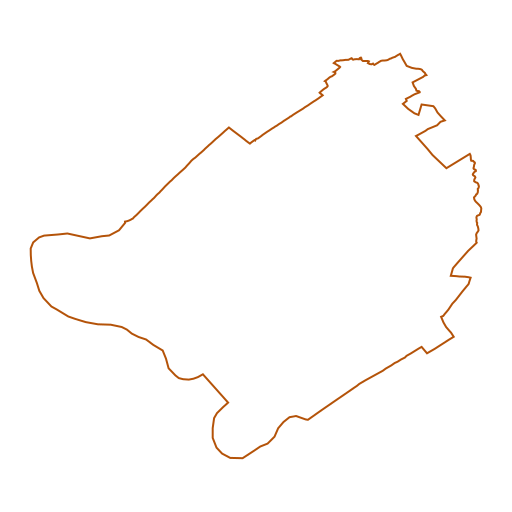 Cotofenii Din Fata, Dolj, Romania
{"feature_id": "2599482B64594888050734", "entity_name": "Cotofenii Din Fata", "entity_type": "district", "adm_level": 2, "iso_a3": "ROU", "parent_name": "Romania", "parent_adm1": "Dolj", "projection": "robinson", "projection_center": [23.665, 44.452], "detail": "fine", "context": "isolated", "style": "outline", "palette": "amber", "viewbox_px": 512, "rotation_deg": 0, "n_neighbors": 0, "source": "geoboundaries", "source_scale": "gbopen_adm2", "svg_char_len": 5927}
<svg xmlns="http://www.w3.org/2000/svg" viewBox="0 0 512 512"><path d="M307.9,419.8L321.5,410.2L337.9,398.9L344.2,394.6L353.6,388.1L356.9,385.9L359.3,383.9L365.6,380.2L382.9,370.7L385.7,368.6L391.3,365.4L394.7,363.0L397.6,361.7L401.0,359.5L405.0,357.5L405.6,356.8L406.6,355.8L410.9,353.4L418.6,348.6L421.6,346.9L427.0,353.3L434.8,348.8L448.6,339.9L453.7,336.8L452.8,335.4L451.0,332.6L449.8,331.3L446.1,327.0L443.5,322.5L441.1,316.8L443.3,315.9L444.6,314.1L446.5,311.9L448.4,309.6L452.4,303.6L455.8,300.0L462.3,291.6L466.5,286.5L467.9,284.9L468.7,283.8L469.1,282.3L469.6,280.7L470.6,277.7L468.4,277.2L465.0,276.7L459.3,276.5L456.8,276.2L455.7,276.1L454.0,276.0L450.8,275.8L452.2,270.9L452.9,268.4L453.6,267.4L458.1,262.2L468.2,250.8L476.1,243.3L476.7,242.7L476.2,241.7L476.3,240.1L476.6,238.7L476.5,237.8L476.3,236.3L476.1,234.7L476.6,233.3L477.9,231.5L478.5,230.5L478.4,229.0L478.1,227.6L477.8,226.4L477.1,225.0L477.0,224.2L477.2,222.9L476.8,222.3L476.5,220.9L476.7,219.7L476.7,219.1L476.4,217.7L476.6,216.7L477.0,215.9L478.0,215.4L478.9,215.1L479.6,214.8L479.9,214.2L480.2,213.2L481.0,211.9L481.1,210.3L481.2,209.3L481.3,208.7L481.2,208.1L481.0,207.5L480.8,207.0L480.2,206.2L479.1,204.9L477.9,203.7L477.3,203.1L476.1,202.0L475.1,200.8L474.3,199.3L474.1,198.1L474.0,197.4L475.6,195.7L476.2,194.4L476.7,194.2L477.3,193.6L477.4,193.1L477.7,192.6L477.9,191.7L477.8,190.9L478.0,190.3L477.8,189.7L477.8,189.3L477.8,188.8L478.2,188.5L478.6,187.7L478.9,186.5L478.7,185.5L478.4,185.0L478.4,184.5L478.0,183.7L477.7,183.3L477.3,182.8L476.2,182.5L474.6,181.6L474.2,181.3L474.2,180.1L474.4,179.3L474.8,178.6L475.4,177.5L475.3,177.2L475.0,176.6L474.7,176.2L474.0,175.8L473.1,175.2L472.8,174.4L473.0,173.9L473.4,173.2L473.8,172.8L474.1,172.3L474.7,171.7L475.8,171.2L475.9,170.6L475.8,170.1L475.6,169.9L475.1,169.6L474.5,169.4L473.8,168.9L473.6,168.6L473.5,168.3L473.5,168.0L473.7,167.5L473.9,166.7L474.0,166.1L474.1,165.1L474.4,164.2L474.8,163.6L474.9,163.1L474.8,162.5L474.4,162.1L473.9,161.8L473.5,161.5L473.3,161.0L472.8,160.8L471.3,160.8L471.1,160.4L470.9,159.7L470.8,157.8L470.6,155.7L470.2,154.6L469.8,153.9L446.4,168.2L432.5,155.0L427.4,148.8L416.0,136.0L418.3,134.8L425.4,130.9L427.8,129.1L437.1,125.3L440.5,121.8L444.8,120.4L440.8,116.2L437.5,112.5L435.2,108.4L433.4,106.2L432.1,106.0L421.6,104.5L418.5,114.9L414.4,113.3L408.3,109.0L402.9,103.9L406.7,100.9L405.9,98.9L410.4,96.7L411.6,95.9L414.5,94.3L419.7,92.3L419.7,91.9L418.9,91.1L417.4,91.0L416.4,90.6L415.9,88.8L413.9,86.0L412.6,82.4L423.1,76.9L424.7,75.5L425.5,75.4L426.4,75.1L426.1,74.7L425.4,74.0L424.9,72.9L422.8,71.1L421.9,69.8L420.7,69.2L418.7,68.8L416.1,68.7L411.9,67.9L406.7,65.9L404.3,61.7L402.8,59.2L401.0,55.4L400.1,53.8L399.2,54.4L398.3,54.8L396.0,56.2L395.2,56.8L392.2,57.8L391.4,58.3L391.1,58.4L390.6,58.6L390.2,58.6L387.7,60.0L386.5,60.3L385.7,60.4L384.7,60.5L382.9,60.5L381.7,60.7L380.8,60.9L380.1,61.4L379.0,62.0L377.9,62.8L376.8,63.4L374.4,64.9L373.5,64.4L373.0,63.6L371.4,64.3L369.6,64.0L367.9,63.1L368.9,61.4L367.9,61.0L362.9,61.0L361.1,59.4L361.4,58.3L360.9,57.6L359.7,58.1L359.0,59.3L356.7,59.1L354.4,59.3L353.1,59.7L352.3,59.2L351.9,58.4L351.5,58.2L348.4,59.8L345.3,59.9L343.4,60.2L341.1,60.4L340.9,60.3L339.7,60.5L338.5,60.9L336.6,60.8L336.2,61.1L335.9,61.4L333.8,63.1L334.1,63.3L335.1,63.7L337.8,65.4L339.5,66.4L339.9,66.7L340.0,66.9L340.1,67.0L339.7,67.5L339.3,67.9L335.4,71.1L334.9,71.4L333.9,71.9L334.2,72.0L334.9,72.1L335.1,72.3L335.4,73.0L335.4,73.4L335.3,73.7L334.9,73.9L334.5,74.4L331.9,76.3L330.5,76.8L329.2,77.7L327.4,79.3L325.4,80.7L324.9,81.1L325.3,81.3L325.7,81.4L325.8,81.6L325.9,81.8L326.3,83.0L326.6,83.5L327.5,85.3L327.6,85.5L327.7,86.0L327.5,86.4L327.2,86.8L326.6,87.3L325.3,88.2L325.0,88.3L324.7,88.5L324.1,88.9L322.9,89.8L320.2,92.1L319.6,92.7L320.1,93.2L322.3,94.9L322.7,95.3L319.9,97.3L318.6,98.3L316.2,99.9L315.5,100.4L314.1,101.2L312.9,102.0L310.2,103.8L308.1,105.3L304.8,107.3L303.1,108.6L297.2,112.2L293.1,114.8L291.0,116.4L290.5,116.4L290.2,116.6L289.0,117.6L287.9,118.3L287.1,118.8L284.3,120.6L284.2,120.6L281.5,122.6L279.1,124.0L276.6,125.8L275.4,126.4L273.7,127.6L272.3,128.4L268.9,130.7L267.4,131.6L262.2,135.2L261.7,135.7L258.1,138.3L257.7,138.5L256.4,138.8L256.1,139.0L255.7,139.5L255.5,139.8L255.2,140.5L254.5,140.1L251.7,142.1L250.6,143.0L250.4,143.1L249.9,143.6L248.2,142.4L245.7,140.5L244.8,139.7L243.1,138.4L241.2,136.9L235.9,132.9L233.1,130.8L228.9,127.5L227.3,128.9L225.7,130.3L225.4,130.5L222.5,133.2L218.3,136.9L216.6,138.3L215.5,139.2L214.6,140.1L213.4,141.2L212.8,141.8L210.6,143.8L208.9,145.2L207.9,146.2L206.1,147.8L204.8,149.0L204.2,149.7L201.9,151.8L201.6,152.0L201.2,152.4L201.0,152.6L199.7,153.6L195.3,157.6L193.3,159.0L191.4,160.7L189.1,163.4L187.2,165.4L186.7,166.0L186.3,166.4L185.6,167.3L185.1,167.8L182.7,170.0L179.7,172.6L177.8,174.4L175.4,176.5L173.9,177.9L173.1,178.7L171.7,180.2L170.5,181.2L170.1,181.5L168.8,182.8L165.1,186.4L163.2,188.5L162.0,189.8L160.3,191.5L159.5,192.5L157.5,194.2L156.3,195.4L155.0,196.9L153.8,198.2L152.6,199.2L151.3,200.5L149.1,202.5L147.0,204.7L144.9,206.8L142.7,208.8L139.6,211.8L139.4,212.1L136.5,215.0L134.9,216.4L134.2,217.0L132.7,218.7L131.6,219.1L130.8,219.7L128.8,220.6L127.1,221.2L125.0,221.6L125.1,222.9L119.0,230.3L109.2,235.5L102.0,236.2L89.9,238.4L67.4,233.5L57.9,234.5L44.1,235.6L39.1,237.4L33.2,242.4L30.7,248.5L30.8,255.1L31.2,260.9L31.9,266.6L33.1,272.9L36.9,283.1L39.3,290.8L43.5,298.1L51.4,306.5L56.8,309.5L68.3,316.5L75.5,319.0L85.7,322.1L97.9,324.3L110.7,324.7L121.7,327.0L126.9,329.6L131.8,333.6L138.6,337.0L146.1,339.5L153.3,344.9L162.7,350.5L166.0,358.7L168.6,368.3L175.4,375.4L178.8,378.1L183.1,379.2L188.8,379.6L193.5,378.7L197.9,377.1L202.9,374.3L228.1,402.6L223.2,407.0L217.0,413.1L214.1,418.1L212.7,428.1L212.7,437.9L216.5,447.6L222.1,453.6L230.2,457.9L242.6,458.2L253.8,450.9L260.3,446.5L267.6,443.6L274.5,436.7L278.2,428.2L283.5,422.0L289.5,417.2L296.0,416.0L305.6,419.4L307.9,419.8Z" fill="none" stroke="#b45309" stroke-width="2"/></svg>